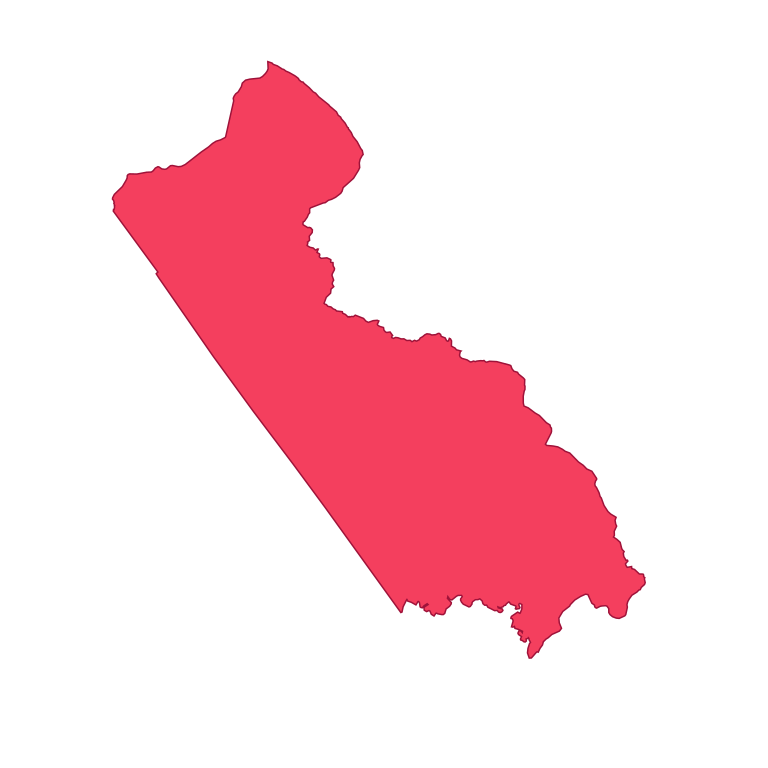 outline of Kolda, Kolda, Senegal, rotated 54°
{"feature_id": "50182788B77977720497228", "entity_name": "Kolda", "entity_type": "district", "adm_level": 2, "iso_a3": "SEN", "parent_name": "Senegal", "parent_adm1": "Kolda", "projection": "mercator", "projection_center": [-14.609, 12.87], "detail": "fine", "context": "isolated", "style": "filled", "palette": "rose", "viewbox_px": 768, "rotation_deg": 54, "n_neighbors": 0, "source": "geoboundaries", "source_scale": "gbopen_adm2", "svg_char_len": 6100}
<svg xmlns="http://www.w3.org/2000/svg" viewBox="0 0 768 768"><g transform="rotate(54 384 384)"><path d="M85.0,501.4L160.5,501.1L160.9,503.5L166.0,503.8L261.5,505.9L329.2,505.8L395.6,504.6L449.0,504.2L578.8,504.7L579.1,503.5L575.5,499.5L571.4,491.6L572.5,492.5L573.6,492.4L576.7,490.2L581.5,488.0L580.0,484.4L580.3,483.9L581.6,483.8L585.6,485.8L586.5,485.5L587.6,484.6L586.9,482.1L587.1,478.2L588.4,478.0L588.1,481.9L588.6,483.3L590.7,484.4L593.2,483.3L593.7,480.8L594.8,480.3L598.1,481.1L601.1,479.9L600.0,476.9L600.3,476.2L601.5,475.6L604.4,472.9L605.4,471.6L605.3,469.7L602.5,466.0L602.4,461.6L601.4,458.9L600.4,458.0L594.7,458.7L593.5,457.3L596.9,457.4L598.6,456.0L598.3,450.3L598.5,448.5L600.6,445.5L602.0,445.7L602.9,448.3L603.9,449.1L606.1,449.5L608.7,449.3L614.3,446.3L614.7,444.9L614.3,443.8L613.8,442.2L612.6,441.2L612.2,440.1L612.2,436.9L613.7,434.7L614.1,432.8L617.1,432.1L619.9,433.1L622.1,432.6L623.3,430.9L625.6,431.2L632.4,427.7L633.8,425.5L635.7,425.4L636.6,424.9L637.4,423.9L637.6,422.6L637.1,420.9L635.6,420.5L632.2,423.2L631.3,422.8L633.2,421.6L634.2,418.8L633.8,417.1L634.4,415.8L633.8,414.2L633.6,411.4L633.9,410.9L636.5,410.9L641.0,407.9L641.9,408.2L643.0,409.8L643.8,409.5L645.3,406.4L644.8,405.4L642.3,404.9L641.4,404.3L641.4,403.0L643.5,402.1L647.0,404.7L649.3,408.3L649.4,408.9L647.1,409.9L646.9,417.3L647.4,418.4L648.3,419.1L649.4,418.2L651.5,418.7L655.4,423.6L656.5,422.6L656.8,421.0L658.7,421.7L661.9,419.2L665.5,417.3L666.4,418.3L664.8,418.3L662.7,419.3L664.0,421.7L664.5,422.2L665.8,422.4L669.2,421.2L670.5,423.5L671.4,423.9L673.0,422.8L674.7,422.4L675.7,421.5L675.6,419.9L673.8,418.9L674.5,417.0L674.1,416.4L674.8,416.3L676.4,417.0L679.1,417.3L679.5,418.8L682.5,422.9L685.9,426.0L691.1,427.6L692.3,425.8L690.6,418.3L690.7,417.5L691.6,416.9L689.6,413.2L688.3,409.2L686.2,406.6L685.6,402.8L685.8,400.3L685.3,395.4L687.0,387.4L686.5,385.5L686.0,384.0L680.3,382.6L676.1,380.1L673.1,373.1L672.8,364.4L672.0,362.9L670.9,356.6L671.4,349.8L672.5,344.5L674.2,342.8L683.5,344.7L686.6,343.7L688.2,344.5L689.6,344.2L690.3,343.7L690.9,339.9L691.6,338.3L693.5,335.2L694.7,334.2L697.8,334.2L701.1,336.5L703.4,336.7L706.6,335.9L709.8,333.8L711.9,331.5L713.1,325.5L712.7,324.0L708.9,319.7L707.5,318.2L705.4,317.2L703.4,314.8L702.1,312.1L700.6,307.6L701.0,301.7L700.5,298.9L701.0,297.6L699.8,295.4L699.3,291.0L698.2,289.4L694.7,287.9L694.0,286.8L692.6,287.2L691.1,286.2L690.0,286.2L687.8,289.1L681.3,290.3L679.0,292.0L677.2,291.0L675.3,295.0L672.8,294.9L671.4,294.3L670.6,290.8L669.6,290.6L668.8,291.8L664.5,291.4L661.5,289.8L660.7,288.2L658.1,288.6L656.6,288.3L650.9,286.0L646.6,286.9L642.7,288.3L641.9,286.6L638.5,284.3L635.7,279.3L633.6,278.9L630.1,277.2L628.3,274.6L622.3,277.1L618.8,277.8L611.6,277.4L603.9,275.2L602.1,275.3L598.3,273.9L592.4,272.9L590.7,273.1L588.7,272.2L586.7,269.7L586.3,268.2L585.4,267.5L576.8,267.1L571.9,269.9L566.9,270.6L561.4,272.5L549.0,274.3L544.9,277.0L541.7,278.0L537.1,280.3L533.6,283.6L529.3,288.5L527.6,288.8L521.8,277.5L520.7,276.2L518.1,274.5L516.7,274.6L514.7,273.8L510.7,275.4L500.8,276.8L496.3,278.8L488.1,281.3L484.1,283.7L481.3,282.5L475.7,278.5L472.2,274.8L471.3,273.2L468.5,271.1L467.7,271.1L463.1,267.5L461.0,267.7L455.1,269.3L453.0,269.1L450.0,271.4L446.9,271.5L443.6,270.6L442.3,271.4L432.1,279.7L427.6,285.3L426.7,288.1L425.6,288.9L423.7,289.3L423.4,290.3L421.9,292.1L420.0,295.5L419.6,296.9L418.0,298.2L417.6,300.0L416.9,301.2L413.3,302.6L408.9,306.0L406.7,306.5L405.0,305.9L402.7,303.3L402.6,302.3L398.9,305.3L396.7,305.4L393.0,307.2L388.8,304.0L386.6,303.7L385.5,304.3L387.0,306.5L386.8,307.4L385.6,307.9L382.7,307.4L379.1,309.7L377.1,309.1L375.5,309.6L374.9,310.5L374.5,313.1L372.4,316.6L370.6,317.6L368.6,319.8L368.2,322.0L368.4,324.9L368.1,327.7L368.9,329.4L368.6,331.6L368.3,332.6L366.6,333.6L366.2,336.5L364.1,337.1L362.2,340.0L359.2,341.3L357.5,343.7L354.8,345.5L353.1,347.3L352.7,349.5L351.0,350.5L349.9,349.5L349.8,348.5L345.5,348.5L343.9,351.5L342.8,352.2L340.5,352.4L338.0,351.2L334.9,353.6L332.9,354.5L331.8,354.3L330.0,351.1L328.5,352.0L326.4,355.5L324.9,360.5L322.4,361.7L318.9,362.0L311.4,366.8L311.5,369.1L310.3,370.5L309.6,372.4L308.9,372.6L308.7,373.7L305.1,374.3L302.5,375.8L301.0,375.2L297.0,379.5L295.3,379.7L293.5,380.9L290.5,381.6L288.1,383.8L285.9,383.9L284.8,384.8L283.5,385.1L279.9,379.7L279.1,373.8L276.1,371.1L275.7,367.4L272.7,367.1L271.3,365.7L270.4,363.7L265.5,362.2L264.5,361.1L262.5,357.1L261.4,356.1L258.5,355.7L255.8,353.9L254.3,355.5L253.5,355.2L252.5,354.0L251.4,354.3L248.4,356.0L245.4,361.0L243.3,361.6L242.5,361.2L241.9,360.1L240.7,359.7L238.2,360.9L236.2,357.9L235.6,358.6L235.6,360.4L234.7,360.9L232.4,361.3L229.8,363.6L226.8,364.8L225.0,362.6L224.2,362.5L224.1,359.8L220.5,357.6L219.3,353.1L217.2,351.3L214.6,351.5L213.3,352.5L212.8,353.7L207.7,355.8L206.9,355.6L205.3,354.0L205.6,352.8L203.9,348.0L202.3,345.4L201.8,343.5L198.6,341.2L198.3,339.9L201.8,326.9L202.8,324.9L202.7,321.0L203.8,317.8L204.5,313.4L204.3,306.9L203.4,304.6L201.1,301.6L199.7,287.8L196.2,279.2L194.7,276.5L190.6,274.0L188.2,271.3L186.4,267.5L186.1,266.0L182.3,264.3L179.8,264.4L172.2,263.3L165.4,263.6L161.4,262.7L158.0,262.7L157.2,263.0L155.8,262.3L154.7,262.7L150.1,262.1L144.3,262.6L142.7,262.2L139.6,263.1L135.9,262.5L127.2,264.6L125.7,264.6L113.3,268.0L108.5,268.4L106.0,269.6L100.4,270.3L93.7,272.0L92.4,271.9L90.7,273.3L87.5,274.0L86.6,273.6L82.8,274.7L76.3,277.6L73.1,279.5L70.6,280.2L69.4,281.2L63.9,283.3L60.4,285.7L58.6,285.9L54.9,288.5L60.9,292.5L62.2,294.6L63.1,297.3L63.8,301.6L63.5,304.7L58.5,313.3L56.8,317.4L57.3,321.8L59.6,324.6L62.0,330.3L62.1,333.5L63.0,336.0L64.2,338.0L66.6,339.2L91.0,366.9L91.2,367.8L90.4,372.8L88.9,377.1L88.6,381.4L89.1,386.7L88.9,395.5L89.6,415.8L88.8,420.1L87.2,422.8L82.9,426.7L81.9,428.4L82.2,433.5L81.5,435.1L79.4,437.3L76.1,438.5L75.3,439.2L74.9,442.1L75.8,445.3L75.8,447.6L73.2,451.5L68.9,460.5L64.5,466.3L64.1,467.9L64.5,469.2L66.4,470.8L67.6,472.9L70.5,479.6L72.1,490.7L73.8,494.0L74.8,495.0L76.6,494.9L78.8,495.7L78.9,496.3L81.3,497.0L81.4,497.5L82.3,497.8L83.9,499.4L84.3,500.0L83.9,500.3L85.0,501.4Z" fill="#f43f5e" stroke="#9f1239" stroke-width="1.5"/></g></svg>